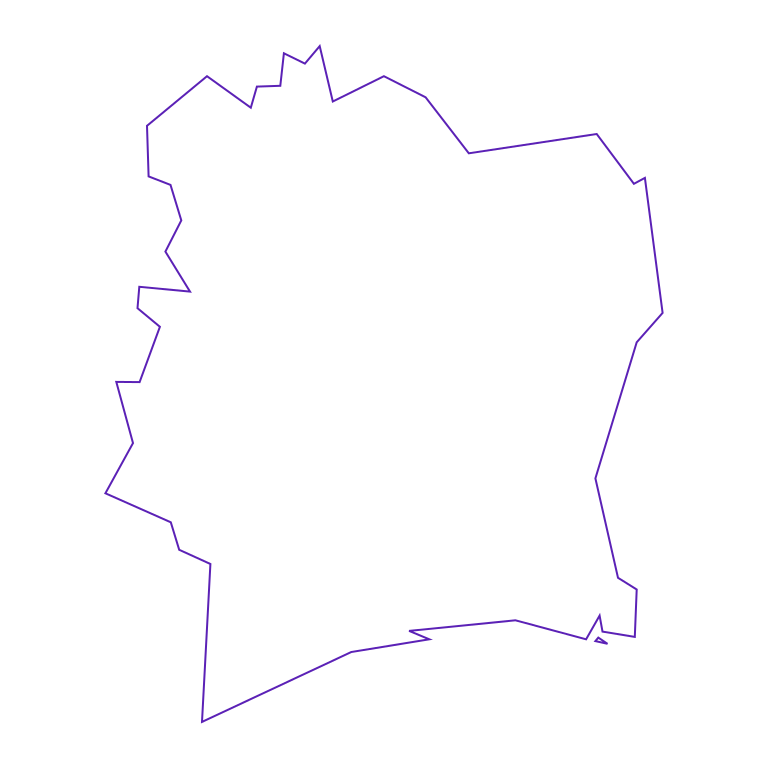 an SVG outline of Ivory Coast
{"feature_id": "CIV", "entity_name": "Ivory Coast", "entity_type": "country or territory", "adm_level": 0, "iso_a3": "CIV", "parent_name": "Africa", "parent_adm1": "", "projection": "natural_earth1", "projection_center": [-5.78, 7.538], "detail": "coarse", "context": "isolated", "style": "outline", "palette": "violet", "viewbox_px": 768, "rotation_deg": 0, "n_neighbors": 0, "source": "natural_earth", "source_scale": "50m", "svg_char_len": 708}
<svg xmlns="http://www.w3.org/2000/svg" viewBox="0 0 768 768"><path d="M147.0,125.8L207.0,76.2L250.8,107.7L256.9,86.6L280.3,85.8L283.9,53.3L304.9,63.6L319.7,46.1L332.8,101.5L383.9,76.2L425.6,97.3L468.8,153.3L596.7,134.0L633.9,183.8L644.9,177.9L662.6,312.9L636.7,342.3L595.4,478.4L618.0,577.8L636.7,589.5L634.8,636.9L602.5,631.6L599.6,615.6L586.1,639.3L515.4,620.3L409.1,630.9L429.3,639.3L351.3,652.0L202.0,721.9L210.4,564.0L179.2,549.8L170.8,522.3L105.4,493.3L133.0,443.1L116.3,381.9L139.6,382.1L159.9,326.8L137.5,308.2L139.3,286.8L190.0,291.6L165.4,251.6L181.3,220.4L170.5,184.9L148.6,176.4L147.0,125.8ZM598.3,637.6L607.5,643.8L595.4,641.1L598.3,637.6Z" fill="none" stroke="#5b21b6" stroke-width="2"/></svg>